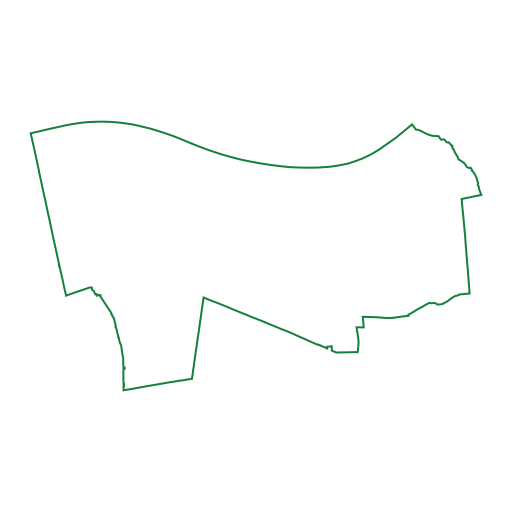 Waalwijk, Noord-Brabant, Netherlands (Mercator projection)
{"feature_id": "6326949B71985362418068", "entity_name": "Waalwijk", "entity_type": "district", "adm_level": 2, "iso_a3": "NLD", "parent_name": "Netherlands", "parent_adm1": "Noord-Brabant", "projection": "mercator", "projection_center": [5.025, 51.687], "detail": "fine", "context": "isolated", "style": "outline", "palette": "green", "viewbox_px": 512, "rotation_deg": 0, "n_neighbors": 0, "source": "geoboundaries", "source_scale": "gbopen_adm2", "svg_char_len": 5857}
<svg xmlns="http://www.w3.org/2000/svg" viewBox="0 0 512 512"><path d="M192.0,378.8L192.0,378.1L192.5,375.1L192.7,373.5L193.0,371.0L193.9,365.3L194.3,362.1L195.0,357.3L195.6,353.2L196.0,350.0L196.0,349.7L196.2,349.0L196.7,345.8L197.1,342.5L197.7,338.2L198.3,334.6L200.9,316.2L203.6,297.5L207.1,299.0L213.5,301.5L219.3,303.7L223.7,305.5L227.7,307.1L233.4,309.6L234.9,310.2L237.2,311.1L240.9,312.6L243.4,313.6L245.4,314.4L247.2,315.1L249.5,316.1L250.3,316.4L250.7,316.6L253.5,317.7L254.3,318.0L257.8,319.4L263.9,321.8L264.3,322.0L264.8,322.1L264.8,322.3L265.9,322.7L266.1,322.8L273.2,325.7L277.8,327.6L279.9,328.4L281.3,329.1L283.9,330.0L293.6,334.0L294.4,334.4L296.5,335.4L298.7,336.4L301.4,337.5L309.5,341.2L314.4,343.3L317.5,344.7L318.2,344.9L318.3,344.6L320.1,345.3L321.1,345.8L327.1,348.4L327.1,348.1L327.0,346.8L329.1,346.6L331.7,346.3L331.9,350.7L334.1,351.7L335.0,351.9L335.6,352.2L336.0,352.4L336.6,352.5L338.2,352.5L338.6,352.5L339.3,352.4L340.4,352.4L341.9,352.4L344.9,352.4L345.6,352.3L347.0,352.3L347.3,352.3L348.1,352.3L352.4,352.2L356.1,352.1L357.6,352.1L357.7,351.5L357.9,350.5L358.0,349.4L358.2,347.1L358.4,345.3L358.5,343.6L358.5,341.8L358.4,340.1L358.3,338.4L358.1,337.0L357.7,334.7L357.4,332.7L357.0,330.7L356.8,328.9L356.8,328.2L356.6,327.3L362.6,327.4L363.7,327.4L363.2,321.5L362.8,317.2L362.8,316.8L372.6,317.1L378.2,317.3L381.0,317.6L384.8,317.9L385.4,317.9L389.4,318.1L392.0,317.9L392.7,317.9L395.2,317.5L398.8,317.0L402.1,316.5L403.6,316.3L404.3,316.3L408.5,315.8L408.3,314.8L410.9,313.4L414.0,311.5L417.8,309.2L420.0,308.0L423.0,306.4L425.6,304.8L428.7,303.2L429.5,302.9L429.9,302.8L430.6,303.2L431.4,303.3L433.4,303.0L434.3,302.9L434.5,302.9L435.7,303.5L437.0,304.1L437.6,304.5L438.0,304.6L438.3,304.6L440.9,304.3L442.8,303.8L443.8,303.3L446.3,301.9L446.9,301.6L448.2,300.7L450.2,299.2L450.9,298.7L451.3,298.3L452.2,297.7L454.4,296.4L455.2,296.1L455.9,295.9L457.4,295.5L458.1,295.3L458.5,295.1L458.9,294.6L463.3,294.1L469.6,293.5L467.9,271.2L467.0,260.7L465.5,241.8L465.2,237.1L464.9,233.7L464.2,226.3L463.8,221.7L463.3,216.4L462.6,209.7L462.0,203.2L461.6,199.0L481.3,194.9L480.9,193.9L480.7,193.4L480.5,192.9L480.2,192.0L479.5,190.3L479.4,189.6L479.1,188.9L478.9,188.3L478.8,187.9L478.8,186.7L478.7,186.4L478.6,186.2L478.1,185.6L477.9,185.1L477.8,184.9L477.8,184.4L477.8,184.1L478.0,183.6L478.1,182.8L478.0,182.5L477.8,182.0L477.6,181.5L476.8,179.0L476.8,178.5L476.7,178.1L476.3,177.3L475.7,176.1L475.4,175.5L474.8,174.4L473.6,172.4L473.0,171.7L472.7,171.3L472.5,171.1L472.1,171.0L471.9,170.8L471.8,170.2L471.9,169.6L471.6,169.3L470.9,168.4L470.6,167.7L469.9,167.9L469.6,168.0L469.1,168.0L468.9,167.9L467.5,167.4L467.1,167.2L466.5,166.5L466.2,166.1L465.1,164.2L464.7,163.8L464.3,163.5L464.1,163.1L463.9,162.9L463.7,162.7L460.8,160.7L460.4,160.5L459.9,160.2L459.5,160.1L459.2,159.7L458.9,159.6L458.4,159.0L458.2,158.7L457.2,156.0L456.5,155.1L455.8,153.8L455.0,152.8L454.5,151.4L454.1,150.6L453.7,149.6L453.2,149.1L452.6,148.1L451.9,146.5L452.4,146.0L452.4,145.9L451.6,145.3L450.8,144.5L450.1,143.9L449.4,143.1L448.8,142.3L448.3,142.3L447.9,142.4L446.9,142.4L446.4,142.0L445.4,140.8L444.6,139.7L444.0,139.4L443.4,139.3L441.7,139.8L441.4,139.8L441.0,139.6L440.6,139.3L440.3,138.7L439.9,138.1L438.6,136.2L432.2,135.8L427.2,134.2L420.0,130.5L417.4,129.7L416.2,129.8L415.9,129.5L414.2,127.2L412.0,124.4L411.6,124.8L409.9,126.1L408.0,127.8L404.5,130.7L402.3,132.5L399.3,134.9L396.4,137.4L391.6,140.8L388.6,143.0L387.0,144.0L379.8,149.1L374.5,152.4L371.9,153.9L367.1,156.3L361.5,158.9L359.9,159.4L356.4,160.8L350.7,162.7L347.9,163.6L346.5,163.9L344.9,164.2L343.6,164.5L338.4,165.5L335.7,165.9L331.8,166.5L329.8,166.7L326.4,167.0L318.9,167.5L311.2,167.7L305.3,167.7L298.0,167.5L290.6,167.2L288.6,167.0L285.6,166.7L283.1,166.5L278.1,165.9L271.1,165.0L264.3,164.0L259.4,163.2L256.2,162.6L246.6,160.8L243.2,160.1L239.7,159.3L235.7,158.3L229.8,156.7L222.7,154.7L214.6,152.1L207.9,149.8L201.1,147.3L190.7,143.2L180.2,138.8L173.9,136.3L171.4,135.4L163.3,132.6L154.9,130.0L150.4,128.6L148.1,128.1L140.4,126.2L135.3,125.0L130.6,124.1L125.0,123.3L121.0,122.8L120.5,122.7L120.1,122.7L115.1,122.2L108.8,121.8L104.1,121.7L100.7,121.7L98.8,121.7L94.9,121.8L89.5,122.0L83.4,122.5L80.4,122.9L77.6,123.3L72.5,124.1L70.0,124.5L64.4,125.6L60.1,126.6L46.8,129.5L41.9,130.7L38.7,131.5L35.9,132.1L30.7,133.3L31.9,138.5L33.2,144.5L33.8,146.8L38.0,166.6L38.4,168.3L38.9,170.5L39.0,171.6L43.8,193.8L44.8,198.1L44.9,198.6L45.5,201.2L46.1,204.3L46.8,207.7L47.4,210.5L48.0,213.3L49.2,218.5L54.2,242.3L54.6,243.6L55.0,245.8L55.8,249.2L57.0,254.6L57.3,256.3L58.0,259.4L58.6,262.0L59.5,266.2L59.2,266.1L59.3,266.4L59.5,267.4L59.8,267.5L60.8,272.0L62.0,277.2L62.5,279.4L63.7,285.0L64.9,290.5L65.1,291.3L66.1,295.7L67.3,295.2L68.2,294.9L70.1,294.2L77.0,291.8L86.8,288.5L88.9,287.7L90.3,287.5L91.8,287.5L92.1,289.7L93.9,291.1L94.7,293.2L95.5,294.5L96.6,294.1L97.1,295.7L99.4,294.9L100.1,295.9L100.3,295.8L100.2,296.2L101.0,297.3L101.1,297.5L111.4,313.1L111.2,313.7L111.7,314.9L112.4,315.2L112.5,316.0L112.7,316.6L112.9,317.1L113.9,318.1L114.2,319.4L114.4,320.3L115.9,326.6L115.5,327.2L116.4,328.7L117.3,332.6L118.1,335.9L118.4,337.6L118.6,338.1L118.8,338.0L119.6,341.8L119.8,342.5L120.8,344.7L121.1,345.4L121.2,346.0L121.4,347.4L122.1,352.5L122.3,354.0L122.4,354.3L122.7,355.5L122.8,356.1L123.2,358.8L123.3,359.8L123.3,360.2L123.2,360.9L123.3,364.3L123.3,364.6L123.4,365.9L123.5,367.7L124.7,367.6L124.8,368.5L123.5,368.5L123.4,369.3L123.4,372.1L123.4,373.9L123.4,378.6L123.4,380.1L123.4,380.8L123.6,383.7L124.0,383.7L124.0,384.1L124.1,384.6L123.7,384.7L123.8,385.5L123.9,386.3L123.5,386.4L123.5,386.9L123.5,387.2L123.5,388.0L123.6,389.0L123.6,390.3L125.4,390.0L133.1,388.7L135.7,388.2L140.7,387.3L144.3,386.7L145.7,386.4L159.2,384.1L167.2,382.7L171.2,382.0L172.5,381.9L180.0,380.6L180.3,380.7L185.0,379.9L192.0,378.8Z" fill="none" stroke="#15803d" stroke-width="2"/></svg>